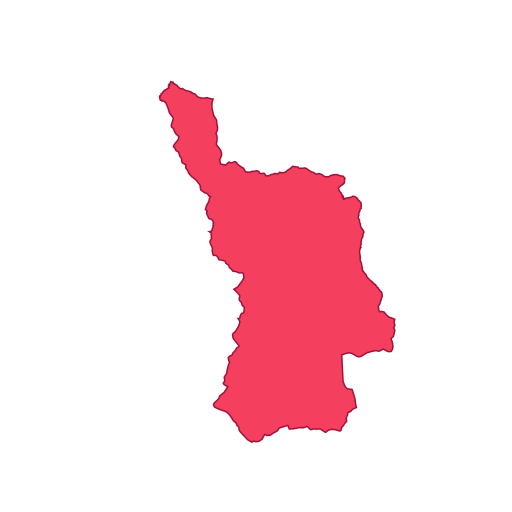 Quijos, Napo, Ecuador (Mercator projection), rotated 237°
{"feature_id": "8360857B2766573114879", "entity_name": "Quijos", "entity_type": "district", "adm_level": 2, "iso_a3": "ECU", "parent_name": "Ecuador", "parent_adm1": "Napo", "projection": "mercator", "projection_center": [-77.926, -0.452], "detail": "fine", "context": "isolated", "style": "filled", "palette": "rose", "viewbox_px": 512, "rotation_deg": 237, "n_neighbors": 0, "source": "geoboundaries", "source_scale": "gbopen_adm2", "svg_char_len": 6119}
<svg xmlns="http://www.w3.org/2000/svg" viewBox="0 0 512 512"><g transform="rotate(237 256 256)"><path d="M411.0,305.5L413.0,303.2L415.5,301.2L416.2,299.2L418.2,296.2L421.2,293.7L425.0,293.1L427.0,291.6L427.1,291.2L427.9,291.3L429.4,290.6L433.7,286.7L436.6,285.5L436.9,284.3L438.0,283.5L441.1,282.5L442.4,282.7L443.5,281.8L444.8,281.5L445.7,280.6L446.7,281.2L447.7,280.4L447.9,279.7L448.6,279.5L447.9,278.2L447.2,277.7L447.4,276.4L446.3,276.4L446.4,275.2L444.4,274.5L444.8,272.9L444.4,272.0L444.9,269.1L444.4,268.4L444.4,267.6L443.6,266.3L443.8,264.9L442.4,263.6L442.7,262.6L442.4,262.0L441.2,261.9L441.1,261.3L438.7,260.6L438.1,261.6L437.3,261.4L436.3,262.9L433.5,263.8L427.7,262.7L422.8,261.3L418.2,261.8L416.3,261.5L412.4,256.8L411.5,256.0L410.2,255.4L408.0,256.1L404.4,255.4L401.7,255.4L397.8,256.4L395.8,253.7L394.6,249.8L393.5,247.2L392.8,246.3L390.2,246.7L388.0,246.3L385.3,247.7L381.4,246.5L378.9,246.7L375.0,245.0L374.2,245.0L370.6,246.8L368.2,245.0L364.0,245.3L362.4,244.6L357.3,245.3L355.8,246.0L351.8,247.2L346.0,247.6L345.5,247.5L342.8,246.1L341.1,245.8L339.0,246.7L337.2,247.2L335.9,248.4L334.6,249.1L333.5,249.4L332.4,249.0L330.4,250.1L329.4,247.9L328.3,247.2L327.3,245.9L325.0,241.6L324.0,240.8L322.8,239.0L322.4,238.9L320.6,239.5L318.6,237.7L313.0,236.9L312.3,237.3L311.8,238.2L310.0,238.8L308.6,239.0L308.2,238.6L306.9,238.6L306.4,237.6L304.9,237.1L304.9,236.5L304.0,236.4L303.3,234.9L301.5,233.0L301.5,232.2L301.0,231.7L301.8,230.1L299.8,231.0L298.6,230.1L296.8,229.4L295.9,228.5L294.9,228.3L293.4,225.3L291.1,224.4L287.4,224.1L285.3,223.1L284.4,222.1L280.3,220.6L279.4,220.8L278.9,222.0L277.9,222.9L275.8,223.3L273.0,222.9L271.4,224.9L268.7,227.1L267.8,227.2L266.4,226.8L262.9,228.0L260.8,227.4L258.8,228.1L255.7,228.4L253.9,230.7L251.1,232.5L249.2,235.5L248.7,235.8L247.6,235.6L244.3,233.8L242.6,230.9L241.2,226.8L240.0,224.3L240.2,219.3L237.2,220.1L232.2,220.8L231.2,220.7L229.3,218.5L227.6,217.9L225.6,218.4L224.1,218.2L222.3,217.6L221.4,217.6L220.2,218.3L218.6,217.7L215.3,215.1L215.1,214.4L215.7,212.6L214.9,210.9L212.9,208.6L212.7,207.6L213.3,206.9L209.9,206.8L209.1,206.2L206.5,203.0L203.9,197.6L203.6,194.7L202.6,193.4L199.7,192.1L198.3,192.0L190.0,192.9L189.3,191.9L189.4,189.5L188.3,188.1L187.3,183.9L185.9,181.8L186.4,179.8L186.0,177.5L185.3,177.0L182.3,176.0L181.3,176.1L179.8,173.7L176.5,170.1L173.4,167.3L171.8,163.4L169.2,162.3L167.9,161.4L167.5,159.6L166.9,159.2L165.9,159.2L164.8,159.6L163.1,160.4L161.8,161.4L159.0,155.0L158.5,149.9L158.2,149.0L157.0,147.7L156.2,145.2L155.5,141.1L154.7,139.7L153.5,139.0L151.5,139.1L147.0,142.0L142.3,145.7L140.4,146.6L138.2,147.1L134.5,147.4L130.1,147.3L126.6,148.4L124.2,147.7L122.8,148.3L121.7,148.3L119.2,147.1L117.2,147.0L106.5,148.9L102.0,151.2L102.2,152.3L102.0,153.2L100.3,154.9L99.6,156.1L99.0,157.9L99.0,161.2L101.6,166.0L101.2,166.8L99.8,167.0L98.2,169.8L97.9,170.8L98.1,174.2L97.7,178.0L98.0,179.4L98.8,180.9L98.9,182.5L96.6,190.4L92.7,189.7L90.5,193.7L88.8,198.2L86.1,202.4L85.5,204.6L85.6,205.7L84.8,206.2L80.8,207.1L80.1,208.1L79.9,209.9L78.5,211.5L76.0,215.7L70.6,218.0L70.2,218.5L70.5,222.0L69.4,224.9L67.2,227.9L63.7,230.8L63.4,231.6L63.6,232.5L65.5,234.4L66.2,237.1L67.3,239.1L67.9,241.9L70.6,243.3L71.6,244.2L72.9,246.3L74.5,247.5L74.5,249.0L74.0,250.6L74.7,252.7L74.8,254.6L74.2,257.7L77.1,258.7L83.0,261.5L91.6,263.9L92.2,263.5L94.4,260.7L95.9,260.0L98.0,259.6L103.4,260.7L126.3,274.0L125.6,277.5L124.1,281.3L122.2,283.3L117.9,285.5L115.9,286.8L115.1,288.0L114.6,289.5L114.4,297.1L113.9,297.9L113.0,301.0L111.4,304.9L109.1,307.4L108.6,312.2L105.6,313.6L103.6,315.0L102.3,317.4L103.6,319.8L105.4,321.5L109.4,323.4L112.2,323.9L113.2,324.5L113.8,327.5L117.8,331.8L118.4,332.1L120.6,332.3L122.4,334.9L124.3,335.2L125.3,335.8L127.4,337.9L132.5,334.2L135.0,333.4L139.3,332.9L141.0,331.2L141.6,330.2L141.8,329.3L144.1,329.5L145.1,330.3L147.4,331.3L148.1,333.4L152.5,338.6L152.8,339.3L154.4,340.5L157.3,341.7L159.2,341.0L159.8,341.2L161.9,340.8L162.4,341.1L164.6,340.4L165.4,340.7L166.5,340.3L167.0,340.6L168.6,339.7L170.1,339.6L170.5,339.3L171.2,339.4L171.4,339.1L171.7,339.2L173.6,338.4L175.9,338.1L176.6,337.7L177.3,337.8L177.9,337.6L179.4,338.0L181.2,338.1L182.2,337.7L183.4,337.7L183.9,337.5L184.4,337.7L184.9,337.3L185.7,337.7L186.4,337.5L188.7,339.1L189.6,339.1L192.0,340.3L195.8,341.2L197.1,341.9L197.5,342.5L198.3,342.5L198.8,343.2L201.1,344.1L203.8,345.6L204.6,346.3L204.9,347.0L205.7,347.5L206.1,348.8L207.1,348.7L208.9,350.9L210.3,351.5L211.1,352.5L212.5,353.5L214.0,356.0L216.4,358.1L217.0,359.3L217.5,359.6L218.3,359.8L223.4,359.7L226.3,361.1L228.1,361.3L229.7,362.3L232.3,362.5L233.8,363.7L234.0,364.4L235.3,365.0L236.4,366.0L236.8,367.1L238.6,368.9L238.7,370.3L239.3,370.4L240.8,371.7L243.4,373.0L246.3,372.6L247.5,372.1L249.0,372.4L251.2,371.7L252.8,370.6L253.5,369.5L253.3,368.7L253.9,366.6L255.5,363.1L255.5,360.8L255.9,360.3L256.4,360.4L256.6,361.3L257.8,361.0L258.5,361.6L258.6,360.8L258.8,360.6L259.6,361.3L262.2,361.7L264.8,361.3L267.8,362.0L268.3,362.8L268.7,366.0L268.6,367.0L268.9,367.5L268.7,368.0L269.1,368.5L268.9,369.2L269.6,370.3L271.8,371.8L272.7,372.9L275.4,372.6L277.3,370.4L280.0,368.5L282.0,365.3L282.9,362.0L282.8,360.3L284.5,357.5L286.2,356.3L288.1,355.8L289.4,354.9L290.9,353.6L291.6,351.5L292.0,351.1L294.9,349.6L296.1,348.5L297.7,347.6L301.8,346.0L303.3,344.9L304.1,342.9L305.3,341.4L305.7,340.3L306.4,339.8L307.6,339.7L311.2,335.6L310.7,332.3L310.7,329.0L310.3,326.3L311.2,323.7L313.4,321.2L312.9,319.7L313.0,318.9L315.0,316.8L315.3,314.7L316.1,313.2L316.2,310.8L317.3,308.7L318.0,308.0L319.1,308.1L321.0,307.8L322.5,305.1L323.4,304.2L324.2,304.1L325.0,304.4L326.2,304.0L327.3,302.6L327.6,301.4L329.4,298.2L329.4,296.9L332.1,293.2L333.3,293.0L336.4,293.4L338.3,292.3L343.2,290.4L344.2,290.6L346.2,290.2L346.9,288.9L347.4,286.1L349.4,284.6L349.4,283.0L348.7,280.0L350.1,279.1L350.8,277.9L352.8,276.4L356.6,278.1L359.0,281.8L361.2,283.2L364.4,284.0L370.4,283.5L371.4,283.6L373.7,285.9L376.4,287.8L378.5,288.8L380.7,289.2L382.2,291.8L384.4,293.6L389.5,295.8L391.4,297.0L397.0,297.1L402.8,299.1L405.3,300.3L408.9,302.9L411.0,305.5Z" fill="#f43f5e" stroke="#9f1239" stroke-width="1.5"/></g></svg>